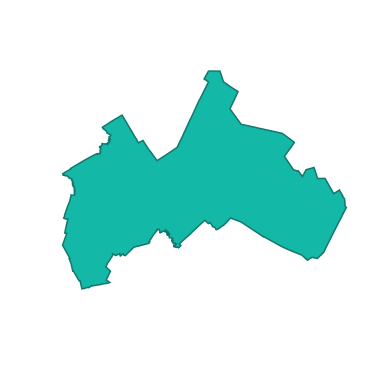 the district of Gataia, Timis, Romania, rotated 249°
{"feature_id": "2599482B24141184898976", "entity_name": "Gataia", "entity_type": "district", "adm_level": 2, "iso_a3": "ROU", "parent_name": "Romania", "parent_adm1": "Timis", "projection": "robinson", "projection_center": [21.418, 45.392], "detail": "fine", "context": "isolated", "style": "filled", "palette": "teal", "viewbox_px": 384, "rotation_deg": 249, "n_neighbors": 0, "source": "geoboundaries", "source_scale": "gbopen_adm2", "svg_char_len": 5882}
<svg xmlns="http://www.w3.org/2000/svg" viewBox="0 0 384 384"><g transform="rotate(249 192 192)"><path d="M122.3,330.6L123.8,329.9L124.3,329.8L125.4,330.4L126.3,330.7L130.8,331.9L131.2,331.9L133.5,331.1L134.2,331.4L140.1,330.4L141.0,330.4L139.7,323.7L157.0,321.1L159.6,314.1L171.2,314.7L171.9,306.4L170.5,304.9L167.0,300.7L173.9,298.7L173.8,297.9L176.4,294.7L192.2,291.0L197.7,299.6L201.5,305.3L202.6,304.8L214.4,297.3L229.4,274.6L234.7,266.6L237.2,262.6L237.7,262.1L256.0,257.2L269.2,271.0L276.1,265.9L283.6,260.9L294.9,261.4L299.0,250.7L293.8,244.6L293.2,243.8L288.8,246.9L288.5,246.5L277.5,234.4L277.1,234.0L274.0,230.4L264.9,221.2L260.9,217.0L260.1,216.0L246.1,201.7L244.4,199.9L244.1,199.4L239.3,194.5L239.0,194.2L235.9,180.9L233.8,170.6L243.8,168.0L246.7,167.0L249.0,166.5L254.4,165.3L257.7,164.7L257.2,159.5L259.7,159.2L260.9,159.2L263.2,158.6L288.9,154.3L287.6,147.2L287.7,146.9L286.0,138.1L285.8,137.9L284.6,131.6L283.7,131.7L283.4,132.0L283.0,131.8L282.7,131.8L282.4,132.0L282.3,132.3L282.0,132.4L281.4,132.9L280.2,133.4L280.0,133.8L279.8,134.0L278.9,133.9L278.5,134.0L277.9,133.8L277.4,133.9L277.2,134.2L276.4,134.6L276.3,135.1L275.3,135.8L274.6,136.4L273.9,136.5L273.7,136.3L273.6,135.7L273.2,135.3L273.3,134.6L273.2,134.3L272.3,134.1L271.9,133.6L271.7,133.5L271.3,133.8L271.2,134.3L271.1,134.6L270.6,134.6L270.0,134.5L269.6,133.7L269.8,133.5L270.3,133.0L270.4,132.9L270.2,132.4L269.7,132.3L269.2,132.5L269.1,132.8L269.1,133.2L269.0,133.4L268.4,133.2L267.9,132.3L267.5,131.9L267.8,131.7L268.1,131.1L268.2,130.9L268.0,130.4L266.6,130.1L267.0,129.7L267.4,129.5L267.6,129.1L267.9,128.7L268.0,128.2L268.0,127.7L268.6,127.1L268.6,126.8L268.8,126.2L269.4,125.8L269.5,125.6L269.5,125.4L268.9,125.0L268.6,125.1L267.7,124.6L267.4,123.7L267.5,123.4L267.5,123.2L266.9,122.8L266.9,122.6L267.1,122.4L267.5,122.0L267.4,121.9L266.7,121.8L265.4,122.6L265.2,122.4L265.2,122.0L265.1,121.9L264.7,121.9L264.0,121.2L263.2,121.0L262.5,121.2L262.4,121.1L262.6,120.7L262.1,120.6L261.7,120.8L261.6,120.7L261.6,120.3L261.5,120.1L261.3,120.0L260.8,120.0L261.3,119.3L261.2,118.8L260.9,118.2L260.9,117.6L261.3,117.2L261.5,117.2L261.7,117.3L261.9,117.2L261.7,114.8L261.4,112.1L260.2,103.0L257.5,87.2L257.0,87.3L255.4,77.8L254.6,77.9L254.0,77.7L253.7,77.8L253.6,78.0L253.7,78.5L253.2,78.9L253.3,79.2L252.9,79.2L252.4,79.6L252.4,80.2L251.4,81.5L251.0,81.7L249.8,82.0L249.0,82.3L249.0,82.8L248.5,82.9L248.6,83.2L247.9,83.8L247.2,84.5L246.8,84.4L246.6,83.9L246.4,83.8L246.2,83.9L245.9,84.2L245.5,83.9L245.3,84.0L245.2,84.4L244.5,84.5L244.2,84.3L243.7,84.4L243.9,84.1L243.9,83.9L243.3,83.7L242.6,83.7L242.4,83.7L242.3,83.3L242.0,83.4L241.5,83.1L241.2,83.1L241.0,82.9L240.7,83.0L240.9,83.4L240.7,83.7L240.1,83.5L240.0,83.3L239.8,83.2L239.5,83.4L239.4,83.8L239.1,83.9L238.9,83.5L238.7,83.5L238.4,83.6L238.6,83.9L238.3,84.0L238.1,83.9L238.0,83.5L237.4,83.7L236.7,83.3L236.6,83.0L236.3,82.7L236.1,82.8L235.7,83.2L235.3,82.9L234.9,83.0L234.4,82.8L234.4,82.7L234.8,82.5L234.4,82.2L233.7,82.2L233.3,81.8L233.1,82.1L232.8,82.1L232.4,81.7L232.1,81.5L231.9,81.2L231.4,81.3L231.5,79.9L231.7,79.6L231.9,79.0L232.1,78.8L232.3,78.3L232.6,78.1L227.5,74.7L221.8,69.5L216.2,64.9L214.8,64.1L213.6,62.8L213.1,63.4L212.1,64.3L211.1,66.3L202.0,60.2L199.2,58.5L198.2,60.2L188.8,52.1L173.8,54.2L173.8,53.4L168.8,53.5L160.8,52.3L160.6,53.0L149.5,54.8L149.3,55.7L141.0,54.5L140.5,57.6L140.4,57.6L140.6,58.3L140.3,60.1L140.2,60.4L139.7,61.2L139.9,62.5L140.6,64.6L140.6,64.9L140.1,64.9L140.0,65.8L138.4,73.5L138.1,76.2L137.3,79.3L137.0,80.8L137.0,82.9L140.6,80.4L147.3,87.5L153.0,84.8L155.8,87.6L157.6,90.3L161.5,95.5L161.9,96.2L162.6,96.1L162.3,96.4L161.8,96.6L160.0,98.2L160.1,99.2L160.3,102.5L158.4,102.0L158.3,102.5L158.0,102.5L159.0,105.7L157.5,105.7L156.5,106.9L161.3,117.9L159.5,133.3L159.9,134.0L160.5,134.1L160.5,134.7L160.7,134.9L161.6,134.7L161.8,134.8L162.1,135.4L162.5,135.8L162.8,136.6L165.8,140.6L168.1,144.5L168.5,144.7L168.7,144.9L168.5,145.5L169.6,145.9L169.5,146.1L169.2,146.6L169.5,146.8L169.5,147.0L169.0,147.3L168.8,147.8L168.2,148.0L166.4,147.9L166.0,147.4L165.8,147.4L165.6,147.4L165.3,147.6L165.5,150.1L165.9,151.4L165.5,151.7L165.5,152.0L164.3,152.7L164.3,153.0L164.5,153.2L165.6,153.4L165.9,153.7L165.7,153.7L165.1,154.2L164.5,154.1L164.3,154.2L164.2,154.4L164.3,154.8L164.1,155.0L163.7,155.1L163.7,154.5L163.4,153.9L163.2,153.7L162.9,153.7L162.6,153.9L162.5,154.2L162.8,155.5L162.2,155.4L162.0,154.6L162.3,154.4L162.3,154.2L161.4,154.0L161.3,153.8L161.4,153.4L160.9,153.3L160.5,153.6L160.2,154.1L160.3,154.5L160.4,154.8L161.1,155.4L161.1,155.9L161.0,156.1L160.8,156.1L160.2,155.7L160.0,154.9L159.8,154.8L158.6,154.6L157.9,154.8L157.5,154.6L157.3,154.5L157.1,154.8L157.2,155.5L156.6,156.3L155.9,156.6L155.8,157.2L155.5,157.5L155.3,157.5L154.6,156.8L154.2,156.8L154.6,156.2L154.5,155.9L154.4,155.8L153.4,155.6L153.0,156.3L152.9,156.3L152.7,155.9L152.4,155.7L151.7,156.2L151.1,156.0L150.8,156.1L150.5,156.4L150.5,157.3L150.6,157.6L150.0,158.0L149.2,158.8L149.1,158.7L149.2,158.4L149.1,158.1L148.5,157.9L148.4,157.2L148.9,156.5L148.9,156.0L148.7,155.8L148.3,155.8L147.7,155.4L147.2,155.7L147.1,155.9L147.2,156.4L146.8,156.7L146.6,157.0L146.2,157.0L145.9,157.3L145.7,158.0L145.7,158.7L145.5,159.4L144.7,159.6L145.9,162.4L148.1,161.8L151.3,169.6L153.6,175.9L154.2,177.2L154.3,177.2L158.2,186.7L161.1,194.1L159.6,194.5L158.8,195.0L157.9,195.2L157.6,195.5L156.8,195.8L156.6,196.0L157.1,197.5L156.8,197.4L155.7,198.2L154.9,198.5L153.2,198.8L152.2,198.9L151.8,199.3L151.3,200.3L151.2,200.4L149.7,201.0L148.4,200.9L148.1,201.3L148.0,202.0L148.0,202.5L148.4,204.6L149.5,208.3L149.8,208.8L149.5,209.2L149.6,209.7L151.3,213.4L153.9,218.7L146.4,227.1L124.5,242.7L124.7,242.9L109.1,256.0L104.3,260.6L93.7,271.9L86.9,275.4L87.4,277.2L87.6,278.1L87.8,280.8L87.7,281.3L86.0,283.7L85.0,285.1L88.5,293.4L89.5,294.5L92.3,297.3L99.5,305.3L101.5,307.4L122.3,330.6Z" fill="#14b8a6" stroke="#0f766e" stroke-width="1.5"/></g></svg>